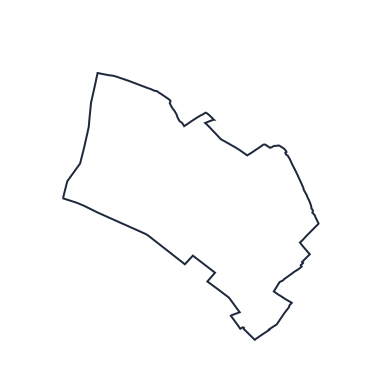 the district of Ghidici, Dolj, Romania, rotated 124°
{"feature_id": "2599482B59241638748717", "entity_name": "Ghidici", "entity_type": "district", "adm_level": 2, "iso_a3": "ROU", "parent_name": "Romania", "parent_adm1": "Dolj", "projection": "orthographic", "projection_center": [23.199, 43.873], "detail": "fine", "context": "isolated", "style": "outline", "palette": "slate", "viewbox_px": 384, "rotation_deg": 124, "n_neighbors": 0, "source": "geoboundaries", "source_scale": "gbopen_adm2", "svg_char_len": 3432}
<svg xmlns="http://www.w3.org/2000/svg" viewBox="0 0 384 384"><g transform="rotate(124 192 192)"><path d="M147.2,69.6L146.4,71.2L145.0,73.5L143.8,75.7L143.1,76.5L142.8,77.2L142.5,77.7L142.2,78.6L142.2,79.1L142.0,79.6L141.9,79.9L141.8,80.4L141.8,80.6L141.7,80.8L141.0,80.9L140.7,80.9L140.3,81.0L140.1,81.2L139.9,81.4L139.7,81.7L139.5,81.9L139.3,82.2L139.1,82.5L139.1,83.1L139.1,83.4L138.7,83.9L138.4,84.1L138.1,84.4L137.7,84.6L137.3,85.2L136.8,85.7L136.4,86.1L133.9,89.6L132.4,92.3L131.3,94.0L130.7,94.7L130.3,95.4L128.6,98.8L127.7,100.5L127.3,101.1L126.6,101.7L126.1,102.3L125.5,103.3L124.7,104.6L124.0,105.6L122.9,107.4L121.8,109.2L120.1,112.1L119.1,113.6L118.3,115.0L117.2,116.9L117.0,117.2L116.7,117.8L115.8,119.4L114.7,121.4L113.7,123.2L113.0,124.5L111.6,126.7L110.5,128.5L110.1,129.2L109.7,129.9L109.4,130.8L108.8,131.9L108.6,132.4L108.4,132.8L108.3,133.4L108.4,133.9L108.5,134.3L108.3,134.8L107.9,135.6L107.5,136.5L107.3,136.6L106.6,136.4L106.0,136.0L105.9,136.1L105.4,137.1L105.1,137.9L104.8,139.1L104.6,140.3L104.6,142.0L104.7,143.8L104.7,145.3L104.9,146.0L105.1,146.3L105.9,147.2L106.9,148.3L107.3,148.8L107.5,149.3L107.8,149.6L108.4,150.0L110.3,151.0L111.2,151.6L111.7,152.0L111.7,152.7L111.7,153.6L111.7,154.2L111.7,154.7L111.8,155.1L111.8,155.5L111.7,156.4L111.7,157.5L111.9,157.8L112.0,158.2L112.2,158.7L112.5,159.0L113.0,159.4L113.5,159.6L114.5,159.9L116.3,160.7L117.8,161.2L121.1,162.6L125.2,164.2L130.8,166.7L130.6,174.7L130.7,180.4L132.1,197.6L130.4,205.1L128.9,211.8L128.1,215.4L127.6,218.3L127.4,219.7L126.0,218.7L124.2,217.5L122.6,216.5L121.7,215.6L120.8,215.2L120.2,214.6L119.9,214.2L119.8,215.0L119.2,217.3L118.9,219.5L118.6,220.8L118.4,223.6L118.6,224.8L118.7,225.2L121.8,226.5L123.1,227.3L124.2,227.9L128.5,229.9L130.0,230.5L134.0,232.2L137.2,233.4L141.8,235.3L141.2,236.6L140.2,238.9L140.3,240.3L140.2,241.9L139.1,244.1L138.3,245.6L137.1,247.2L136.1,248.5L135.4,250.1L134.7,251.5L133.5,255.1L131.5,259.0L130.7,260.2L130.3,260.3L129.4,260.3L128.5,260.8L128.2,262.0L128.0,264.0L128.0,266.3L128.0,270.7L128.0,273.2L128.2,275.0L127.9,276.5L128.1,277.3L128.2,278.0L129.2,280.2L129.6,283.2L130.8,287.7L135.1,306.0L138.5,318.6L139.4,321.7L140.6,324.3L141.4,325.6L146.2,336.8L149.7,335.4L156.6,332.6L174.7,325.5L189.3,317.6L196.0,313.9L214.1,306.8L230.9,300.7L252.8,301.4L267.6,296.1L269.3,295.1L265.4,281.7L263.8,273.8L261.8,258.8L259.7,246.8L252.7,206.7L252.6,203.9L255.2,167.5L255.9,157.5L244.3,155.7L246.0,127.8L256.6,129.1L257.6,129.2L258.3,113.3L258.9,102.3L259.1,101.7L262.5,92.3L263.8,88.8L265.0,85.2L265.3,85.4L266.0,85.9L270.0,88.8L271.6,90.0L272.9,90.6L274.1,87.2L276.8,79.6L278.0,76.6L278.4,75.5L277.3,75.0L276.0,74.4L276.0,74.2L275.9,74.0L275.6,73.7L275.5,73.2L275.6,72.9L275.9,72.8L276.6,72.5L278.6,61.9L279.4,57.3L278.1,56.9L270.9,54.1L263.0,50.8L262.9,51.3L262.5,51.2L255.1,48.0L254.3,47.7L252.0,47.7L240.6,47.7L233.8,47.2L233.2,47.2L232.8,47.3L232.4,47.5L231.9,47.7L231.4,47.8L228.1,47.3L228.1,49.1L228.3,50.2L228.6,55.2L228.6,60.5L228.8,62.7L228.7,68.6L220.5,68.9L217.7,69.0L216.4,68.3L215.1,67.5L214.5,67.2L214.1,67.0L213.9,67.0L213.6,67.0L213.2,67.0L212.5,66.8L202.5,63.1L201.9,62.9L200.9,62.6L199.5,61.9L196.2,60.5L194.6,60.0L193.7,59.7L192.5,59.4L192.0,60.9L191.9,60.9L191.2,60.8L189.1,60.2L188.7,60.2L188.5,61.6L185.2,61.0L182.7,60.5L178.6,59.7L177.8,59.5L175.0,69.7L173.5,74.3L170.5,73.5L166.5,72.9L164.4,72.6L147.7,69.4L147.2,69.6Z" fill="none" stroke="#1e293b" stroke-width="2"/></g></svg>